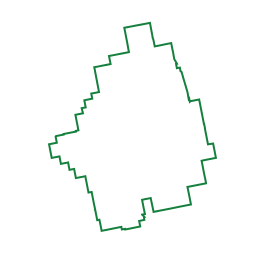 the district of Morawa, Western Australia, Australia, rotated 259°
{"feature_id": "25037944B80693108839344", "entity_name": "Morawa", "entity_type": "district", "adm_level": 2, "iso_a3": "AUS", "parent_name": "Australia", "parent_adm1": "Western Australia", "projection": "albers", "projection_center": [116.014, -29.035], "detail": "fine", "context": "isolated", "style": "outline", "palette": "green", "viewbox_px": 256, "rotation_deg": 259, "n_neighbors": 0, "source": "geoboundaries", "source_scale": "gbopen_adm2", "svg_char_len": 2382}
<svg xmlns="http://www.w3.org/2000/svg" viewBox="0 0 256 256"><g transform="rotate(259 128 128)"><path d="M28.9,110.1L29.0,121.2L31.5,121.2L34.6,121.2L34.7,126.5L36.1,126.5L37.6,126.7L37.6,127.1L38.9,126.3L39.8,125.6L40.2,125.3L40.3,125.3L40.3,128.2L47.5,128.1L48.5,128.1L54.8,128.1L54.9,131.3L54.9,136.9L54.1,136.9L42.1,137.1L40.8,137.1L40.8,142.7L40.8,148.9L40.8,149.9L40.8,154.1L40.9,163.4L40.9,168.3L40.9,170.0L40.9,174.2L40.9,175.2L46.1,175.2L51.8,175.2L58.8,175.1L58.8,185.7L58.8,185.8L58.8,189.3L58.8,194.0L59.4,194.1L63.4,194.1L66.8,194.0L69.6,194.0L73.9,194.0L78.7,194.0L78.8,194.0L81.7,194.0L81.8,194.0L81.9,199.0L81.9,203.9L81.9,204.1L81.9,207.5L81.9,208.6L96.5,208.6L96.7,203.4L101.0,203.4L103.9,203.4L108.1,203.4L113.0,203.4L113.2,203.5L115.5,203.5L116.2,203.5L117.5,203.5L117.5,203.3L122.2,203.3L126.9,203.3L132.2,203.3L142.4,203.3L142.4,198.5L142.4,195.9L142.4,194.3L142.0,193.7L143.3,193.7L145.3,193.7L144.8,193.1L147.4,193.1L148.9,193.2L151.5,193.2L151.8,193.2L152.0,193.2L158.5,192.6L167.8,191.7L169.1,191.6L170.2,191.5L170.5,191.5L171.4,191.4L172.4,191.3L172.8,191.2L173.0,191.2L173.4,190.7L173.6,190.6L173.8,190.4L174.0,190.4L177.4,190.4L177.4,187.4L181.7,187.4L181.7,188.3L184.7,187.3L186.6,186.6L190.8,186.6L194.1,186.7L195.2,186.7L195.5,186.6L195.8,186.6L196.7,186.6L199.1,186.6L201.7,186.6L203.1,186.6L203.1,185.1L203.1,181.4L203.0,176.0L203.0,169.8L204.1,169.8L204.8,169.8L205.8,169.8L208.2,169.8L210.4,169.7L210.7,169.6L210.8,169.6L211.1,169.6L211.6,169.4L211.8,169.4L212.9,169.5L227.0,169.6L227.0,164.9L227.1,146.1L227.1,143.5L224.7,143.5L218.9,143.5L212.0,143.5L205.0,143.4L202.7,143.4L202.3,143.4L202.3,123.1L194.1,123.1L194.1,106.5L193.9,106.5L168.8,106.4L168.8,102.3L168.8,98.5L163.6,98.5L163.6,93.9L163.5,90.4L156.3,90.4L156.3,86.3L152.8,86.5L151.0,86.6L151.0,78.9L143.4,78.9L135.2,78.9L135.1,76.2L134.4,76.2L134.4,66.0L134.4,63.6L133.8,63.6L133.8,62.9L133.8,56.8L133.8,55.8L133.4,55.3L127.1,55.3L127.1,55.2L127.1,47.4L113.2,47.4L113.2,55.3L107.6,55.3L105.6,55.3L105.6,62.6L98.1,62.6L98.1,63.8L98.1,66.1L98.1,67.3L93.4,67.3L88.8,67.3L88.8,69.7L88.8,74.0L88.8,76.9L83.8,76.9L72.2,76.9L72.1,80.1L67.5,80.1L60.7,80.1L54.0,80.2L53.8,80.0L53.6,80.2L48.7,80.2L43.4,80.2L43.4,82.4L38.2,82.5L32.1,82.5L32.1,86.4L32.1,89.0L32.2,101.1L32.2,102.6L29.6,102.6L29.6,104.8L29.6,105.8L28.9,105.8L28.9,110.1Z" fill="none" stroke="#15803d" stroke-width="2"/></g></svg>